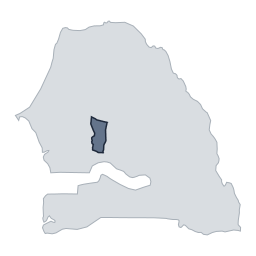 Malem Hodar, Kaffrine, Senegal shown in context
{"feature_id": "50182788B13883389428586", "entity_name": "Malem Hodar", "entity_type": "district", "adm_level": 2, "iso_a3": "SEN", "parent_name": "Senegal", "parent_adm1": "Kaffrine", "projection": "equal_earth", "projection_center": [-15.234, 14.358], "detail": "fine", "context": "in_parent", "style": "filled", "palette": "slate", "viewbox_px": 256, "rotation_deg": 0, "n_neighbors": 0, "source": "geoboundaries", "source_scale": "gbopen_adm2", "svg_char_len": 4782}
<svg xmlns="http://www.w3.org/2000/svg" viewBox="0 0 256 256"><path d="M207.2,112.7L210.7,120.6L209.9,124.4L209.2,129.9L211.1,134.0L213.4,136.6L215.1,139.0L216.9,142.3L217.2,148.9L216.9,153.7L218.1,155.9L219.1,158.6L218.9,160.9L218.3,162.9L216.1,165.6L215.7,170.5L219.3,176.5L221.6,179.8L221.6,181.7L222.3,183.8L224.0,186.2L225.0,185.6L226.1,183.6L226.6,182.3L229.7,182.9L231.2,183.5L233.1,187.4L233.9,190.0L234.4,193.3L236.4,197.4L238.2,200.3L238.6,202.1L240.2,204.6L239.3,210.0L239.4,212.8L238.3,220.1L238.1,223.5L238.2,224.8L240.6,227.4L240.4,231.1L237.9,230.4L233.6,230.0L225.0,231.9L222.1,231.1L216.5,231.4L212.4,232.5L207.3,234.9L203.4,234.3L201.2,232.4L198.4,232.5L195.2,231.5L191.8,229.7L188.8,228.8L185.4,225.4L183.8,224.8L182.8,225.7L181.8,226.8L180.9,227.5L179.1,226.9L178.4,224.6L178.9,222.4L179.1,220.7L178.3,219.8L176.2,219.5L172.9,219.5L167.6,218.8L166.4,218.4L154.6,217.8L142.2,217.7L131.8,217.7L118.7,217.6L109.4,217.5L100.8,217.5L94.1,222.0L86.9,226.9L77.2,229.4L66.0,228.5L62.4,229.2L58.7,231.3L56.0,232.9L52.2,233.8L47.2,233.1L45.2,233.5L43.9,231.3L42.5,227.7L43.4,225.1L46.5,223.4L51.0,221.2L53.4,222.3L54.8,222.4L55.1,221.0L54.6,220.2L51.2,218.3L49.4,215.8L47.9,217.2L46.6,220.4L45.6,221.3L44.0,222.2L43.1,220.0L42.8,218.0L43.5,216.4L43.1,207.5L43.6,202.7L43.4,198.6L45.5,195.8L47.6,194.1L55.5,194.0L63.0,193.8L70.1,193.9L77.4,194.0L78.1,185.7L80.4,185.0L83.9,184.2L90.3,183.2L97.5,182.2L99.0,180.6L100.2,177.8L100.9,175.3L102.4,174.3L104.4,175.1L107.1,176.4L109.8,178.4L112.9,180.3L115.0,181.5L120.0,184.4L128.5,188.5L135.5,190.1L144.0,187.1L150.2,185.2L150.9,181.6L149.9,178.1L145.4,174.9L139.2,175.3L137.3,176.2L134.4,177.2L132.6,177.6L129.7,176.9L126.0,174.1L123.7,171.4L120.4,170.1L116.5,168.8L110.3,163.0L107.1,162.0L104.0,161.7L98.1,162.8L92.3,165.9L89.3,172.8L83.5,172.7L71.3,172.5L60.1,172.3L50.8,172.8L49.9,167.7L47.7,163.7L44.1,160.3L43.3,157.1L44.5,154.4L48.0,152.1L48.8,150.5L47.0,150.7L44.2,152.2L42.4,152.3L42.2,147.9L39.2,142.2L35.8,132.6L32.0,128.7L28.8,121.0L25.4,118.0L22.3,116.6L19.6,116.9L18.7,120.4L15.4,115.4L19.9,113.5L29.6,107.2L40.7,88.9L50.7,67.3L52.0,62.2L53.2,58.4L54.0,49.6L55.5,44.3L56.8,43.3L58.5,39.3L60.5,32.3L62.8,28.3L65.4,27.6L67.4,27.9L68.8,29.4L73.0,30.3L80.0,30.6L85.3,29.6L89.1,27.1L94.1,25.9L100.2,25.8L103.5,24.8L103.8,22.8L104.6,22.2L105.9,23.0L107.1,22.7L108.2,21.2L109.4,21.1L110.5,22.4L115.6,22.7L124.8,22.3L133.3,26.0L141.2,33.8L145.2,39.1L145.4,41.7L146.7,44.4L149.1,47.1L151.2,47.6L153.1,45.9L154.7,46.1L155.8,48.1L158.0,48.5L160.5,47.3L162.2,47.7L162.6,48.9L163.0,49.6L164.2,49.9L165.8,51.4L168.1,55.6L169.9,61.5L171.4,69.0L173.3,73.1L175.6,73.8L177.0,75.3L177.2,77.1L177.9,78.3L179.0,79.0L181.0,78.6L183.3,81.1L185.8,86.6L186.2,89.1L185.9,90.5L186.0,91.4L187.7,92.4L189.2,94.2L190.5,96.9L193.3,99.3L197.5,101.4L200.6,104.6L202.5,108.8L206.4,112.3L207.2,112.7Z" fill="#d9dde1" stroke="#a8b0b8" stroke-width="1"/><path d="M90.8,123.9L93.4,130.5L94.7,133.1L94.4,135.7L94.4,135.8L93.4,136.3L92.6,136.9L92.0,137.4L91.7,137.9L91.8,139.1L92.0,140.1L92.2,140.3L92.2,140.7L91.9,141.3L91.7,141.8L91.9,142.5L92.0,143.3L92.4,143.8L93.3,144.4L93.1,145.0L92.8,147.0L92.5,147.8L92.7,148.3L92.6,149.1L92.6,149.8L92.7,150.0L92.8,150.0L93.0,150.1L93.3,150.2L93.5,150.3L93.8,150.4L94.0,150.4L94.2,150.5L94.4,150.5L94.5,150.6L94.9,150.8L95.0,150.8L95.4,150.9L95.6,151.0L95.8,151.1L96.0,151.2L96.2,151.3L96.4,151.4L96.5,151.4L96.7,151.5L96.8,151.6L97.1,151.7L97.2,151.8L97.3,151.9L97.5,152.0L97.8,152.3L98.1,152.4L98.2,152.5L98.3,152.5L98.5,152.5L98.8,152.5L99.0,152.6L99.3,152.6L99.5,152.6L99.8,152.6L100.0,152.6L100.3,152.6L100.5,152.6L100.8,152.6L101.0,152.6L101.3,152.6L101.6,152.6L101.8,152.6L102.0,152.6L102.3,152.6L102.5,152.6L102.8,152.7L103.0,152.8L103.2,152.7L103.0,152.4L102.9,152.2L103.0,152.1L103.0,151.6L103.0,151.3L103.2,150.9L103.3,150.4L103.6,149.9L103.6,149.0L103.7,148.0L103.7,147.0L103.7,146.6L103.8,145.9L103.8,145.2L103.9,144.9L104.2,144.2L104.4,143.8L104.5,143.5L104.9,143.0L105.0,142.7L105.2,142.3L105.3,142.2L105.5,141.7L105.7,141.2L105.8,141.0L105.9,140.5L105.9,140.2L105.9,139.9L105.8,138.7L105.8,138.1L105.8,137.4L105.7,136.3L105.7,135.4L105.7,134.1L105.7,133.6L105.6,133.1L105.6,132.7L105.6,131.9L105.6,131.4L105.6,130.8L105.5,130.2L105.8,128.6L105.9,128.4L106.0,127.8L106.1,127.0L106.4,125.8L106.6,124.9L106.8,124.0L106.9,123.3L107.0,122.5L107.1,122.4L106.5,122.2L105.9,122.1L105.4,122.0L105.1,122.0L104.8,121.9L104.2,121.7L103.5,121.6L102.9,121.4L102.1,121.2L101.6,121.1L101.1,121.0L100.6,120.9L100.2,120.7L99.7,120.6L99.3,120.5L98.7,120.4L98.1,120.2L97.5,120.1L96.9,119.9L96.6,119.8L96.0,119.3L95.3,118.8L94.6,118.4L93.8,118.1L93.1,117.7L92.3,117.3L91.5,116.9L91.5,117.3L91.3,118.6L91.2,120.0L91.1,121.3L91.1,121.6L90.9,122.6L90.8,123.9Z" fill="#64748b" stroke="#1e293b" stroke-width="1.5"/></svg>